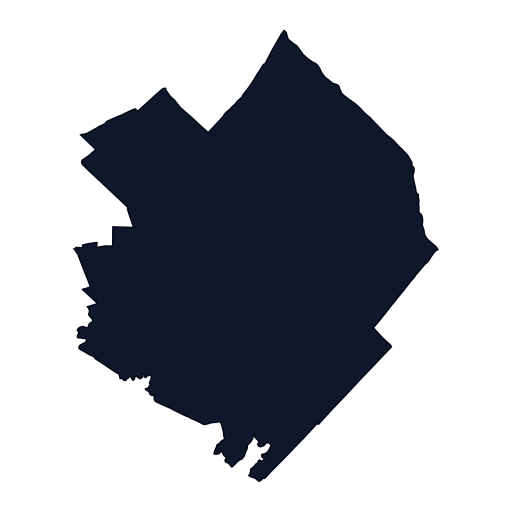 Poiana, Dâmbovita, Romania
{"feature_id": "2599482B93983600474327", "entity_name": "Poiana", "entity_type": "district", "adm_level": 2, "iso_a3": "ROU", "parent_name": "Romania", "parent_adm1": "Dâmbovita", "projection": "robinson", "projection_center": [25.674, 44.559], "detail": "fine", "context": "isolated", "style": "filled", "palette": "ink", "viewbox_px": 512, "rotation_deg": 0, "n_neighbors": 0, "source": "geoboundaries", "source_scale": "gbopen_adm2", "svg_char_len": 5967}
<svg xmlns="http://www.w3.org/2000/svg" viewBox="0 0 512 512"><path d="M391.4,346.8L390.2,344.7L386.7,341.7L383.1,338.3L379.1,334.1L375.3,330.0L373.5,327.9L373.2,327.7L374.1,326.8L379.1,321.0L382.9,316.1L384.4,314.4L391.2,305.6L396.0,299.9L396.8,298.6L400.1,294.7L401.0,293.4L402.7,291.5L406.5,286.7L409.1,283.5L410.0,282.1L414.2,277.3L415.4,275.4L417.1,273.4L418.6,271.6L425.2,263.8L425.3,263.9L426.7,262.8L427.6,262.1L428.2,261.3L432.4,254.7L435.2,251.2L435.4,251.0L437.9,249.5L436.5,247.4L435.3,246.1L429.4,241.1L427.1,238.8L424.9,235.3L424.3,233.1L423.9,230.4L422.3,225.5L422.2,224.3L422.4,223.5L422.6,220.3L422.3,217.5L422.0,216.1L421.3,214.6L420.3,213.9L419.7,213.3L419.1,212.2L418.7,210.2L418.7,209.2L419.0,208.0L418.7,205.4L418.6,202.9L418.9,200.8L418.5,198.2L418.1,196.7L418.5,195.0L418.0,194.4L417.4,194.0L416.4,192.7L416.0,192.0L415.9,190.6L415.7,189.5L413.1,177.4L412.9,176.3L413.0,175.3L413.2,174.8L413.4,172.9L413.9,172.2L414.1,170.0L414.1,168.7L413.9,168.2L413.5,167.2L412.1,166.0L411.6,161.9L407.8,155.5L401.3,148.6L399.7,147.3L393.3,140.4L389.9,137.5L388.2,136.3L385.8,134.1L371.9,119.8L370.3,117.9L365.3,113.7L358.8,106.9L354.7,103.4L348.3,98.9L344.0,95.6L341.4,93.0L339.7,88.8L339.0,86.7L338.1,85.3L335.8,84.3L332.8,83.4L324.7,76.9L323.1,74.8L321.6,72.6L319.8,68.9L317.9,65.5L315.5,63.5L312.4,62.0L307.3,58.4L303.2,54.6L299.6,49.6L296.9,46.0L293.6,43.7L290.7,41.5L288.0,39.0L286.3,33.1L285.7,31.9L284.8,31.0L283.7,30.7L283.3,31.5L281.0,34.7L271.5,51.3L265.3,63.4L264.8,63.9L264.1,64.1L263.3,64.7L259.0,71.6L257.7,73.5L252.9,81.3L249.1,87.0L245.0,92.4L243.1,94.7L242.2,96.4L242.1,97.0L237.3,101.3L236.2,102.8L234.9,104.3L231.9,106.9L230.7,108.4L229.5,109.6L225.7,112.7L223.9,115.0L223.8,115.8L223.2,116.5L208.1,132.7L205.6,130.2L203.9,128.9L191.0,116.9L181.2,108.4L179.7,106.8L174.7,100.5L173.5,99.3L172.3,98.3L170.4,96.5L167.2,92.1L166.2,90.6L165.8,89.6L165.7,88.6L164.9,88.2L164.4,88.3L163.0,88.7L161.9,89.4L159.4,91.7L153.2,97.2L137.8,111.2L136.5,110.2L135.4,109.0L134.5,109.1L132.6,109.8L124.3,113.7L124.1,114.0L111.9,119.1L107.2,121.3L106.5,121.7L105.2,123.5L103.4,124.6L100.1,126.0L95.4,128.8L86.9,133.5L85.8,133.9L83.4,134.2L80.7,134.9L94.6,148.3L96.0,149.3L89.3,155.3L86.5,157.2L82.4,160.1L81.9,161.0L81.7,161.9L81.9,163.2L82.4,164.2L85.1,167.0L88.3,170.1L121.6,201.4L128.9,208.4L128.5,208.8L127.5,208.9L128.9,213.6L133.6,227.5L112.9,226.9L112.7,245.0L112.1,245.8L111.8,246.0L111.1,246.1L104.0,246.0L102.5,246.5L98.6,247.1L96.6,248.0L96.6,246.7L97.0,242.6L92.2,243.1L91.4,243.3L88.0,243.8L83.5,244.8L82.5,245.4L82.6,247.7L81.0,247.9L79.1,247.6L77.7,247.5L75.8,247.5L75.5,248.5L75.0,249.0L74.1,249.1L75.4,250.4L76.5,252.5L78.1,254.2L78.4,255.7L85.0,272.8L88.8,282.3L89.9,285.6L90.2,287.1L82.5,289.4L97.6,303.5L97.1,303.8L87.5,306.8L88.3,307.7L89.5,310.6L89.5,312.2L89.0,313.0L88.7,313.9L89.1,315.4L90.2,316.8L92.7,319.6L92.8,320.4L92.3,321.7L91.8,322.4L90.6,322.8L89.8,323.4L89.1,324.3L88.5,326.0L88.2,327.4L87.2,327.9L86.1,327.8L84.5,327.0L82.7,326.6L81.0,326.9L79.6,327.5L78.0,328.9L77.4,330.5L78.0,331.0L78.7,332.2L78.7,333.3L78.0,334.6L77.4,335.9L77.5,337.2L78.4,337.8L80.4,337.7L81.6,338.1L84.6,338.5L86.0,338.8L86.6,339.5L86.8,340.5L85.9,341.8L84.9,342.7L82.9,343.8L81.7,344.3L80.1,345.2L79.5,346.0L78.9,347.4L79.1,348.4L80.0,349.2L83.3,351.0L89.0,354.4L91.0,355.3L93.6,356.3L95.2,358.5L96.5,359.5L96.8,359.6L98.8,360.9L115.9,372.4L119.0,373.9L120.1,378.5L121.6,378.5L122.5,378.8L123.4,379.5L124.0,380.4L124.9,380.5L125.8,380.1L126.3,379.6L126.7,378.9L128.3,378.0L128.8,377.5L129.3,376.5L129.7,376.2L130.4,376.5L131.3,377.4L132.4,379.8L133.1,380.1L133.8,379.8L134.2,379.4L134.7,377.4L135.3,376.5L136.0,376.2L137.1,376.6L138.0,377.4L139.7,378.6L140.8,378.5L141.3,377.7L142.9,376.8L142.2,374.9L142.7,374.5L143.5,374.5L144.6,375.4L144.7,376.6L145.1,377.4L146.1,377.2L146.4,376.4L147.7,375.9L148.5,375.3L149.9,375.0L150.9,375.4L151.1,376.0L151.3,377.2L151.2,378.8L150.5,380.6L149.7,382.1L149.5,383.2L150.3,383.4L150.3,384.1L149.7,385.4L148.3,387.8L146.8,388.5L145.4,388.9L145.8,389.7L146.6,390.3L148.6,391.2L149.2,392.3L150.3,394.5L151.5,395.2L153.7,395.5L154.2,396.5L154.5,399.7L155.1,401.0L156.2,401.8L160.7,403.9L170.9,408.4L173.5,409.9L186.4,416.2L186.6,416.0L187.4,416.4L192.3,419.0L192.4,418.9L195.7,420.3L199.8,422.3L203.8,424.5L206.4,424.1L211.6,422.7L213.3,422.4L215.7,422.4L218.6,421.8L220.3,421.8L220.9,422.8L221.5,424.6L222.4,427.4L222.9,430.0L223.5,431.7L223.8,436.1L224.4,437.6L224.5,439.5L222.3,440.5L220.7,441.9L220.0,443.0L219.4,443.6L218.4,444.0L217.1,444.8L216.6,446.8L215.8,448.4L215.0,450.2L214.4,452.2L214.1,453.8L214.7,454.0L216.4,454.1L218.1,453.8L219.4,453.2L220.6,451.9L221.9,451.2L223.0,453.7L223.0,453.8L224.1,455.7L225.3,456.7L226.3,457.8L226.1,458.8L225.2,459.7L225.2,461.3L226.3,462.4L227.6,462.7L229.1,463.7L230.2,465.1L231.5,465.7L231.1,466.5L231.9,466.9L232.1,466.8L235.5,463.7L236.7,462.2L238.0,461.1L239.9,459.7L241.8,459.0L243.8,456.7L245.1,453.5L245.7,451.7L246.7,449.5L247.3,447.9L247.2,445.6L247.7,445.0L250.5,442.0L252.5,438.9L252.6,438.4L252.6,437.6L252.8,437.1L253.9,436.1L254.6,434.7L254.8,435.5L254.8,437.0L255.5,437.8L256.0,438.1L259.1,441.7L257.7,444.4L258.1,445.5L259.0,446.3L260.6,446.8L261.2,446.4L263.3,445.9L264.6,444.9L265.3,444.0L265.5,443.1L267.8,442.8L269.0,443.0L270.0,443.8L270.9,444.9L270.9,445.9L269.3,449.3L268.5,450.8L266.5,452.9L264.7,453.9L262.7,454.2L261.9,454.5L261.7,455.1L261.7,456.2L262.0,456.9L262.8,457.7L264.1,458.2L264.1,458.8L263.8,459.8L262.7,460.6L261.7,461.1L260.2,461.0L260.2,460.5L259.6,460.0L258.7,460.6L258.3,461.2L258.0,462.7L257.1,463.4L255.9,464.1L255.0,465.4L253.5,467.0L252.0,468.1L250.9,469.0L250.0,474.3L248.9,475.2L249.1,475.7L251.5,477.0L252.9,477.4L254.6,478.0L256.2,478.9L257.6,480.2L259.1,481.3L260.7,480.5L261.3,480.0L262.7,478.4L264.7,478.2L266.2,476.7L272.8,469.6L278.0,464.4L284.5,457.9L293.9,448.0L303.3,438.4L316.7,423.9L318.6,424.1L331.8,409.6L345.0,395.8L361.1,378.6L391.4,346.8Z" fill="#0f172a" stroke="#020617" stroke-width="1.5"/></svg>